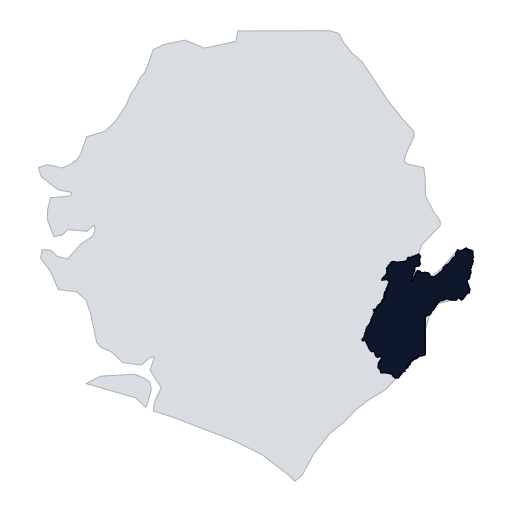 location of Kailahun, Eastern, Sierra Leone
{"feature_id": "65957751B248885957650", "entity_name": "Kailahun", "entity_type": "district", "adm_level": 2, "iso_a3": "SLE", "parent_name": "Sierra Leone", "parent_adm1": "Eastern", "projection": "orthographic", "projection_center": [-10.677, 8.06], "detail": "fine", "context": "in_parent", "style": "filled", "palette": "ink", "viewbox_px": 512, "rotation_deg": 0, "n_neighbors": 0, "source": "geoboundaries", "source_scale": "gbopen_adm2", "svg_char_len": 7640}
<svg xmlns="http://www.w3.org/2000/svg" viewBox="0 0 512 512"><path d="M471.8,251.1L471.4,255.7L467.3,276.6L460.8,294.5L456.5,298.9L438.1,303.7L430.3,311.6L423.6,337.0L419.3,357.0L412.9,360.4L385.9,389.3L368.2,400.2L355.9,409.6L344.2,421.9L329.5,433.8L313.7,453.9L302.4,474.8L294.7,481.3L289.0,475.4L262.1,454.7L233.8,440.7L173.5,417.4L153.4,410.9L154.2,402.7L161.2,387.7L150.0,370.1L154.4,357.3L150.1,357.3L141.4,365.0L123.0,362.6L110.9,351.6L100.9,347.5L96.6,342.0L90.4,313.0L85.9,299.8L76.7,291.7L58.3,289.6L50.8,271.8L40.6,258.1L42.3,249.6L50.7,250.2L57.2,256.3L67.7,259.0L80.8,244.2L92.6,236.2L95.4,229.2L94.0,225.3L86.8,231.3L67.4,229.6L62.5,235.0L53.9,236.7L47.3,219.3L47.7,209.1L50.5,197.8L70.1,196.0L71.8,192.4L58.2,189.9L41.3,176.7L38.4,167.7L46.8,164.7L54.8,166.1L61.8,168.1L69.4,164.9L76.5,160.0L80.8,153.7L86.6,136.8L105.0,131.2L115.9,120.8L126.3,104.8L131.0,93.5L135.3,87.8L138.0,82.9L140.0,77.6L144.6,72.7L149.5,60.7L152.9,49.8L163.4,44.6L185.0,40.1L204.5,48.1L236.0,41.3L237.7,31.0L266.6,30.9L300.8,30.8L329.3,30.7L339.1,33.5L342.6,41.1L352.0,53.1L361.7,61.4L373.9,79.6L388.0,100.8L403.3,119.9L413.0,130.3L414.2,133.9L413.5,138.0L408.6,147.7L404.5,158.2L404.9,162.2L407.8,164.2L423.8,167.5L425.3,179.2L425.3,195.4L433.0,210.5L440.4,221.6L440.1,225.6L422.0,244.6L414.9,263.5L411.4,268.8L409.9,273.0L413.6,275.0L418.5,273.8L425.5,275.3L432.2,275.9L441.0,269.1L455.8,251.8L460.7,249.6L471.8,251.1ZM147.6,403.5L145.5,407.3L135.9,397.9L86.2,383.6L100.3,376.2L134.9,374.2L145.1,378.6L149.7,382.2L151.4,389.1L147.6,403.5Z" fill="#d9dde1" stroke="#a8b0b8" stroke-width="1"/><path d="M396.5,377.9L398.2,378.0L398.5,377.7L398.5,377.3L399.0,377.0L399.6,376.0L400.7,374.9L400.9,374.1L400.7,372.5L401.8,373.5L402.6,372.1L403.6,371.6L404.9,371.3L404.3,370.4L406.1,368.2L406.7,368.3L407.0,367.4L407.8,367.6L407.8,366.4L409.2,365.2L408.8,364.7L409.6,364.6L409.4,363.9L410.3,363.8L410.2,363.0L410.8,362.4L410.6,361.5L411.9,360.3L412.4,360.6L412.4,359.9L413.0,359.9L413.0,359.4L413.2,359.2L413.8,359.5L414.8,358.3L415.3,358.8L415.6,358.6L416.1,358.6L416.1,358.1L417.3,357.9L417.8,356.1L418.3,356.8L418.8,356.1L419.6,356.0L419.8,355.5L420.9,356.0L421.9,356.0L422.7,355.4L423.9,355.3L425.1,354.7L425.3,348.5L425.2,319.9L425.4,316.0L426.6,315.9L427.2,315.5L429.7,314.8L431.3,312.8L431.7,311.5L432.7,310.0L433.7,309.6L433.9,309.0L434.4,308.7L434.4,308.2L435.3,307.2L435.6,306.2L436.0,306.1L436.2,305.0L437.2,304.2L436.6,303.5L437.1,303.0L438.2,302.5L440.6,300.7L442.8,300.5L442.9,300.0L444.0,300.0L444.3,299.8L444.4,299.5L445.9,298.9L446.9,299.1L448.0,298.7L448.7,299.4L450.1,299.4L450.6,299.9L451.2,300.1L454.7,299.9L455.4,300.2L455.6,299.7L456.0,299.7L456.6,300.0L456.9,299.7L456.3,299.1L456.7,298.8L457.0,298.1L457.2,297.9L457.7,297.9L458.0,297.6L458.5,297.7L458.9,297.6L459.4,298.4L459.9,298.4L459.7,298.7L460.9,299.5L461.4,299.6L461.8,300.0L462.1,299.4L462.6,299.2L463.0,298.9L464.1,297.6L464.2,297.0L464.7,296.7L464.9,296.2L465.4,295.9L465.5,295.1L466.5,294.4L466.5,293.9L466.7,293.3L467.3,293.3L467.9,292.9L469.0,293.1L469.4,292.2L469.4,291.6L469.5,290.8L469.9,289.9L469.9,289.1L469.0,287.5L468.9,286.6L468.1,286.6L468.1,285.6L468.5,285.0L468.0,284.8L467.8,283.4L467.5,282.9L467.0,281.2L466.6,280.4L467.2,280.0L467.3,279.5L467.9,279.5L469.3,278.6L469.0,277.5L469.6,277.3L469.9,275.4L469.8,274.9L470.2,274.6L469.9,274.0L470.2,273.8L470.3,273.2L471.0,273.0L470.9,272.0L470.4,271.5L470.9,270.5L470.2,270.0L470.3,268.6L470.7,268.5L471.4,267.4L470.9,266.0L471.4,265.6L471.7,264.8L472.1,264.7L472.5,264.1L472.3,263.1L472.5,262.8L472.3,262.4L472.9,262.2L473.0,261.3L473.2,260.4L472.5,259.8L472.2,259.1L473.6,257.0L472.9,255.9L473.1,255.4L472.2,254.0L472.8,253.8L473.0,252.6L472.6,250.9L472.0,251.0L470.8,250.0L470.4,250.0L469.9,250.5L469.9,250.1L469.1,250.0L469.1,249.7L468.5,249.6L468.3,249.3L467.2,249.4L467.2,248.9L466.4,248.1L465.9,248.1L465.6,248.7L464.1,249.0L463.8,249.9L462.9,249.9L461.1,251.4L460.7,251.1L459.4,250.7L457.9,249.9L457.4,250.0L456.9,251.7L456.4,252.1L455.8,253.5L455.8,254.9L455.4,255.7L455.1,256.7L453.9,257.5L453.1,257.6L452.5,258.3L451.6,260.0L450.8,260.8L450.6,261.6L450.0,262.1L449.6,262.7L448.2,263.7L447.9,264.2L447.4,264.6L446.6,264.9L446.0,264.9L446.0,265.8L445.0,266.2L443.9,266.9L443.3,267.9L443.8,268.7L442.8,269.4L442.6,270.1L440.9,271.9L439.9,272.4L439.2,273.4L437.1,274.8L436.0,275.7L435.1,276.2L434.6,277.1L433.4,276.8L432.4,277.5L431.9,276.7L431.4,276.6L431.0,277.3L430.4,276.9L430.0,276.0L430.0,275.3L429.6,274.2L429.1,273.6L427.8,272.6L425.9,273.0L425.1,272.3L424.6,272.3L423.8,272.8L422.8,272.8L420.4,272.2L420.3,271.6L418.9,270.7L418.2,271.1L417.5,270.7L417.2,270.9L416.6,272.2L415.5,273.3L415.4,274.4L415.0,276.0L414.6,275.8L414.2,276.0L413.5,279.1L413.8,280.0L413.0,280.3L412.4,280.8L411.4,281.0L411.8,279.5L412.1,279.3L411.8,278.2L412.0,277.6L412.5,276.8L411.9,276.0L412.9,274.5L413.0,273.9L413.6,273.0L414.7,270.9L414.7,267.8L415.3,266.8L416.3,266.4L416.9,265.9L417.7,266.3L419.2,265.8L419.2,265.1L420.2,264.5L420.4,264.0L419.6,261.8L419.7,260.9L419.4,260.2L418.7,260.1L419.4,259.7L419.8,257.8L420.4,257.4L419.9,256.5L420.2,256.0L419.9,255.7L418.8,254.0L417.8,254.4L417.3,255.0L415.6,255.3L414.4,256.2L412.2,256.4L411.9,257.5L408.2,257.4L407.6,258.4L407.2,259.8L405.5,261.4L403.8,261.5L402.0,261.9L400.0,261.9L396.6,262.4L394.0,261.5L392.9,261.6L391.7,262.0L390.3,263.1L390.8,263.9L390.8,264.8L389.3,264.7L389.1,265.2L388.0,266.1L388.0,266.7L387.7,267.2L386.7,268.0L386.5,268.4L387.0,270.0L386.7,271.9L387.0,272.9L387.4,272.7L386.6,274.0L386.0,274.5L385.4,275.5L382.8,277.9L382.3,278.9L381.8,279.5L381.9,280.1L382.3,280.2L382.9,279.8L383.3,279.9L383.6,279.7L384.5,279.8L385.2,279.4L385.7,279.7L387.3,279.2L387.6,279.5L388.0,280.5L388.8,280.6L389.0,280.9L389.0,282.0L389.3,282.1L389.0,283.0L388.7,283.3L388.8,283.8L388.5,284.0L388.9,284.2L387.9,285.2L387.7,286.1L387.8,286.4L387.2,287.0L386.8,288.1L387.0,288.4L386.6,288.5L387.1,289.1L386.4,289.6L386.6,290.1L386.3,290.3L386.6,290.7L386.4,291.1L386.0,291.0L385.4,291.6L385.1,291.7L385.1,292.0L384.8,292.0L384.5,292.6L384.9,293.3L384.9,293.8L384.4,294.0L384.5,294.5L384.3,294.5L384.1,294.8L384.2,295.1L384.1,295.4L384.3,295.5L383.9,296.4L384.5,296.6L384.6,296.9L384.4,297.1L384.6,297.4L384.2,297.7L384.4,297.9L384.4,298.2L384.0,298.1L383.3,299.0L383.0,299.0L382.7,300.0L382.8,300.4L382.2,300.5L382.0,301.0L381.7,301.1L382.1,301.7L381.8,302.4L380.8,303.0L380.7,303.5L380.3,303.8L379.7,304.0L379.2,304.6L378.6,304.9L378.0,305.5L377.2,306.7L377.4,307.1L377.0,307.2L376.3,308.7L375.5,309.2L374.1,309.4L373.6,309.7L374.6,310.4L373.9,310.9L374.0,311.5L374.7,311.8L374.9,312.0L373.4,313.9L373.6,314.1L373.2,315.4L372.8,316.1L372.7,316.6L372.3,317.0L371.6,318.7L371.0,319.8L371.2,320.6L370.1,323.1L369.7,323.6L369.2,324.8L368.6,325.1L367.7,326.5L367.5,327.2L367.0,327.0L366.7,327.3L366.9,327.6L367.0,328.1L366.1,329.2L365.9,329.6L366.1,330.2L365.8,331.5L365.9,332.4L365.5,332.8L365.0,332.8L364.8,333.1L365.1,334.0L365.0,334.6L364.5,335.0L364.2,336.7L363.5,338.0L362.5,338.8L362.1,339.4L362.1,340.0L362.5,340.7L363.0,340.8L364.0,340.5L364.3,339.8L364.7,339.7L365.1,340.2L366.6,342.8L367.3,344.7L367.7,345.2L369.0,348.4L371.0,351.2L372.0,351.7L373.5,351.0L374.1,351.7L374.8,353.1L375.2,354.7L376.3,356.6L376.5,356.4L376.9,356.4L377.4,357.0L377.6,356.6L378.4,357.2L378.6,357.2L378.6,356.6L379.0,355.8L379.4,356.2L379.9,356.1L380.5,356.6L380.9,356.5L381.5,356.8L381.6,358.8L380.7,359.7L380.1,360.8L379.3,361.7L378.7,362.8L378.2,365.1L378.2,367.7L378.9,368.5L380.1,369.3L380.9,372.8L381.7,372.9L384.2,372.7L387.6,373.1L391.0,373.9L391.8,374.2L392.4,374.7L393.3,376.5L394.8,377.4L395.7,378.2L396.5,377.9Z" fill="#0f172a" stroke="#020617" stroke-width="1.5"/></svg>